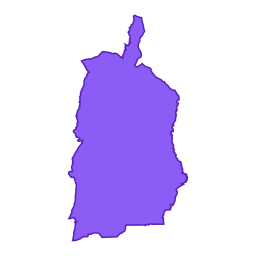 the district of Bogati, Arges, Romania
{"feature_id": "2599482B4479215659380", "entity_name": "Bogati", "entity_type": "district", "adm_level": 2, "iso_a3": "ROU", "parent_name": "Romania", "parent_adm1": "Arges", "projection": "albers", "projection_center": [25.17, 44.885], "detail": "fine", "context": "isolated", "style": "filled", "palette": "violet", "viewbox_px": 256, "rotation_deg": 0, "n_neighbors": 0, "source": "geoboundaries", "source_scale": "gbopen_adm2", "svg_char_len": 5773}
<svg xmlns="http://www.w3.org/2000/svg" viewBox="0 0 256 256"><path d="M172.8,205.3L174.1,203.1L175.0,200.7L175.4,196.7L176.5,195.2L177.2,192.8L177.3,191.5L176.3,190.1L176.0,189.3L178.9,187.0L183.5,184.3L181.7,183.7L186.2,181.8L186.3,181.3L185.8,180.9L185.7,180.5L185.9,180.3L187.1,180.0L187.3,178.8L187.0,178.6L186.8,177.8L187.4,177.2L187.0,176.8L187.1,176.3L186.3,176.2L186.6,174.6L185.7,174.8L185.3,174.3L185.4,173.9L184.3,173.9L183.4,172.9L183.0,173.5L182.2,173.5L182.0,173.1L182.8,171.4L182.7,171.1L182.3,171.0L182.2,170.5L182.5,169.5L182.8,169.2L181.8,168.4L181.7,168.0L182.1,167.5L182.0,167.1L181.7,166.1L181.2,165.8L181.1,165.1L181.4,164.3L180.5,162.9L180.5,162.3L180.9,162.1L179.9,161.4L178.8,161.3L178.1,160.3L177.7,160.2L177.7,159.1L176.8,158.7L176.7,157.9L176.3,157.8L175.5,156.4L175.5,156.1L176.3,155.2L175.6,154.1L174.6,153.7L174.8,152.8L174.6,152.2L173.6,151.7L174.4,149.5L173.8,148.8L172.9,148.7L172.8,148.3L172.9,147.8L173.5,147.2L173.5,145.0L172.7,144.4L172.8,143.3L172.5,142.8L171.9,142.7L171.5,141.6L172.2,140.9L171.8,140.5L171.8,139.8L172.2,139.2L172.3,138.4L171.8,136.6L172.3,135.9L171.7,135.5L172.0,134.6L170.8,134.2L170.6,133.8L170.7,133.0L171.3,132.8L171.2,132.2L171.5,132.0L171.6,131.5L173.0,131.5L172.8,131.1L172.2,130.9L172.3,130.6L173.3,130.4L173.2,129.7L172.8,128.4L171.9,127.8L172.0,127.2L172.6,126.7L172.4,126.1L172.5,125.6L173.0,125.3L173.5,125.5L173.7,124.8L172.6,123.9L173.2,123.2L173.9,122.9L174.4,121.5L175.4,120.8L175.4,118.9L176.2,115.6L175.6,115.2L176.3,114.1L175.7,113.0L175.6,111.3L176.4,111.4L176.5,110.9L177.0,110.5L177.1,110.1L176.7,109.5L176.8,109.0L176.3,108.2L176.7,107.9L177.2,105.3L177.9,105.1L178.4,103.5L178.3,103.1L177.2,103.0L176.8,101.4L176.9,101.0L179.2,99.5L178.9,98.2L178.9,96.3L177.2,94.1L176.3,93.7L176.2,93.3L176.3,92.5L175.6,91.6L175.0,90.3L172.0,89.9L169.3,87.7L167.9,85.6L166.0,84.1L164.1,81.6L163.0,81.9L161.5,80.0L156.7,77.6L155.5,76.8L153.6,74.2L152.8,73.7L151.0,70.6L151.1,69.2L150.3,68.2L144.6,66.0L142.1,63.5L141.3,64.4L137.0,67.0L134.9,65.8L134.9,65.2L137.1,60.8L137.6,59.2L138.5,58.2L140.3,57.3L141.1,56.4L141.4,55.1L141.3,53.9L140.5,51.3L139.7,50.5L139.4,49.7L138.8,49.1L138.8,48.5L138.2,47.1L138.3,44.3L138.6,43.3L139.5,41.8L139.8,40.7L139.8,39.0L140.4,37.4L142.2,35.7L143.4,33.1L144.6,31.3L143.6,27.9L143.5,26.7L141.7,19.3L141.7,17.8L136.7,16.5L135.7,15.7L134.6,15.4L133.9,15.7L133.5,16.5L133.6,17.9L134.0,18.7L133.9,19.7L134.1,20.1L133.9,20.9L133.5,21.2L133.5,22.1L132.5,24.1L131.7,24.4L131.1,25.2L130.7,26.9L129.3,27.8L129.4,28.3L129.8,28.8L129.9,30.0L128.6,31.4L128.9,31.9L128.2,32.4L128.9,33.7L129.1,34.9L130.4,36.4L130.4,37.4L130.1,37.7L129.6,38.7L130.1,39.4L129.5,40.0L129.4,41.6L129.7,42.0L130.6,42.2L130.9,42.9L129.0,43.2L128.9,45.5L127.0,45.2L125.4,44.4L126.3,45.8L126.0,46.2L125.6,45.9L125.2,46.1L125.3,47.3L125.1,48.0L125.9,48.8L125.9,50.1L125.5,50.1L125.1,49.6L124.3,51.0L124.1,53.3L123.6,53.8L123.0,54.9L123.0,55.4L122.8,55.8L123.1,56.0L123.0,56.4L122.7,56.6L122.9,57.1L122.5,57.5L122.9,58.1L122.6,58.3L122.1,57.7L120.7,56.8L120.3,57.1L119.5,55.9L117.2,54.0L116.4,53.6L114.7,53.2L113.7,53.6L111.3,53.4L110.9,53.0L110.2,52.7L103.2,51.6L101.9,52.1L100.9,53.4L100.1,53.9L98.2,56.2L97.0,56.9L95.9,56.9L93.2,57.9L91.2,59.0L89.2,58.9L85.1,59.6L81.5,61.0L84.2,64.8L84.6,65.8L84.8,65.7L85.2,66.4L86.8,70.0L87.3,70.1L87.9,71.2L89.3,72.3L87.9,72.9L86.9,74.9L86.8,76.4L85.2,77.9L84.1,80.8L84.1,83.9L84.0,84.0L84.1,85.0L82.2,88.7L82.5,89.0L81.9,89.6L82.0,90.2L81.2,90.6L81.3,92.0L80.5,92.6L80.5,93.9L80.8,94.3L80.6,94.5L80.7,94.8L80.5,95.4L79.7,96.7L80.0,97.2L79.8,98.9L80.1,99.2L80.1,99.7L79.8,100.9L80.0,101.7L79.5,101.8L79.8,102.3L79.5,102.5L79.9,102.8L80.0,103.9L79.4,106.1L80.0,106.5L79.1,107.8L78.9,108.9L77.4,110.9L77.7,111.6L76.7,113.7L77.0,114.3L76.6,114.6L76.1,115.9L76.3,116.3L76.7,116.3L76.8,117.3L76.5,117.4L76.6,117.8L77.4,119.6L77.6,120.5L77.5,121.6L78.0,122.3L77.3,122.8L76.9,124.4L77.4,125.5L76.7,126.7L75.9,127.6L76.4,128.1L76.4,128.6L75.8,129.2L75.0,129.4L74.7,130.0L73.8,130.5L73.3,131.5L75.8,134.5L76.0,135.3L75.7,135.8L76.4,137.1L77.5,137.1L78.7,137.6L79.6,138.6L79.7,139.0L79.3,139.4L78.2,139.7L77.7,140.8L79.3,141.3L82.4,140.2L82.8,140.3L81.7,142.4L82.2,142.7L77.9,148.4L77.9,148.9L75.5,152.6L73.3,157.0L73.1,157.3L72.6,157.4L72.3,159.5L72.8,160.3L72.5,162.1L72.8,162.7L73.0,162.7L71.8,166.2L71.6,167.3L72.1,169.4L72.0,171.2L72.3,171.5L69.2,171.6L68.9,172.6L68.6,172.8L68.6,173.9L69.7,175.3L69.9,175.8L70.9,176.7L71.0,177.2L74.1,177.6L76.5,185.5L76.2,188.1L75.9,188.6L76.0,191.4L75.6,194.1L75.4,197.0L75.2,197.6L75.5,199.1L74.9,202.2L74.1,204.8L74.1,206.2L71.8,210.2L71.7,211.5L71.8,212.5L71.7,213.2L70.8,214.2L70.1,216.4L68.8,218.6L70.5,218.5L72.0,217.9L75.0,218.2L74.9,219.0L75.1,219.5L75.6,219.9L75.7,220.5L75.6,221.4L74.9,221.7L74.9,222.2L76.1,221.9L76.6,222.0L75.5,223.4L75.3,224.3L75.2,226.9L74.6,229.5L74.5,230.9L74.0,231.6L73.6,233.2L74.0,234.7L73.3,236.6L73.2,238.5L72.6,240.6L75.8,240.4L80.2,238.8L83.0,236.7L84.1,236.9L85.8,236.5L87.6,236.7L88.1,235.8L88.0,234.3L91.0,234.1L94.3,232.8L97.3,233.0L99.1,233.5L99.6,234.0L100.6,235.6L101.2,235.8L101.9,237.4L117.0,236.8L119.6,233.9L121.8,233.1L121.7,232.7L122.4,232.2L124.5,231.5L125.4,229.3L125.5,226.2L125.8,225.1L142.9,225.0L144.6,224.8L145.2,225.6L146.4,224.5L147.4,224.5L148.2,225.0L148.8,225.0L149.9,223.8L153.0,224.3L154.6,224.3L154.8,223.8L156.3,224.2L163.8,224.2L163.8,222.6L163.3,221.4L163.5,218.5L163.2,217.9L162.7,217.9L162.4,217.5L163.0,217.3L163.0,216.8L162.6,216.7L163.0,215.4L163.6,215.2L163.7,214.9L163.8,214.4L163.3,214.1L163.4,213.6L164.2,211.9L164.7,211.8L165.4,209.9L167.2,210.0L170.3,209.8L170.3,209.2L170.1,209.0L170.1,208.7L170.5,208.8L171.0,207.7L170.8,207.2L171.0,207.0L171.1,206.3L170.6,206.0L170.5,204.8L172.5,204.4L172.8,205.3Z" fill="#8b5cf6" stroke="#5b21b6" stroke-width="1.5"/></svg>